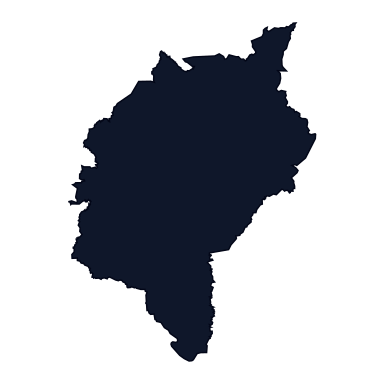 Pedro Carbo, Guayas, Ecuador (Albers equal-area conic projection)
{"feature_id": "8360857B48061354733305", "entity_name": "Pedro Carbo", "entity_type": "district", "adm_level": 2, "iso_a3": "ECU", "parent_name": "Ecuador", "parent_adm1": "Guayas", "projection": "albers", "projection_center": [-80.292, -1.869], "detail": "fine", "context": "isolated", "style": "filled", "palette": "ink", "viewbox_px": 384, "rotation_deg": 0, "n_neighbors": 0, "source": "geoboundaries", "source_scale": "gbopen_adm2", "svg_char_len": 5852}
<svg xmlns="http://www.w3.org/2000/svg" viewBox="0 0 384 384"><path d="M246.4,59.2L246.5,60.4L245.2,60.9L243.6,59.1L240.8,59.2L238.5,56.7L236.3,56.8L229.1,54.9L226.8,58.7L224.8,59.3L223.5,56.5L219.2,53.9L214.8,56.0L193.2,57.0L183.1,59.0L185.4,61.8L187.3,62.3L192.3,66.3L194.4,66.5L194.0,67.7L192.7,68.0L192.9,69.1L191.7,69.1L189.4,70.8L187.4,70.7L186.8,71.7L184.3,71.3L181.0,69.2L180.9,67.9L177.9,66.2L176.4,63.5L175.1,62.8L175.3,62.1L173.7,61.7L173.9,61.1L171.4,59.0L170.4,59.2L169.7,56.4L168.2,57.3L167.9,56.4L166.9,56.8L166.6,55.1L166.1,55.4L165.0,53.4L163.5,53.5L163.8,52.5L162.6,52.5L161.6,51.1L160.6,51.6L159.6,54.9L160.9,57.5L160.2,58.8L160.9,59.2L159.4,61.0L159.3,62.7L157.2,64.9L156.6,67.1L153.0,68.8L153.4,70.4L151.9,71.7L151.9,73.9L152.9,74.1L153.8,75.9L153.6,80.3L154.4,82.3L150.7,81.3L138.7,81.5L131.3,94.1L117.4,103.6L116.0,106.1L114.0,107.2L113.3,111.6L112.1,112.7L112.8,113.3L113.0,115.2L111.5,115.7L111.2,118.4L109.1,118.7L109.6,121.7L108.6,121.3L107.0,118.8L103.8,118.6L103.3,120.1L102.6,120.7L102.2,120.3L101.0,121.7L101.0,121.0L100.3,121.3L99.7,120.5L96.7,122.8L96.4,124.1L95.2,124.2L94.4,125.6L94.5,127.4L92.3,128.8L89.3,129.1L89.4,131.7L88.2,134.6L87.9,138.3L86.2,140.3L85.3,140.1L84.5,140.8L83.6,142.9L84.6,144.4L84.0,146.6L85.1,146.3L85.9,147.4L87.4,147.1L88.1,148.6L89.2,148.3L89.9,150.4L91.1,150.5L91.3,152.1L94.2,153.9L96.1,157.4L95.5,158.4L95.4,160.7L96.5,161.7L95.8,161.9L98.1,163.4L97.4,164.5L95.7,164.7L96.3,166.0L97.1,165.6L97.4,167.2L96.4,168.3L95.1,167.3L91.1,168.3L89.9,166.9L84.2,166.9L81.8,165.8L82.6,170.7L81.3,171.2L81.2,173.1L79.7,174.1L79.6,178.6L81.9,179.8L84.2,179.6L84.6,181.0L81.8,181.5L81.5,182.7L75.6,182.8L74.6,184.1L72.7,184.7L77.5,188.3L75.8,196.6L75.9,198.0L77.0,199.1L77.4,201.9L76.3,202.6L71.6,200.9L68.4,201.7L70.1,202.1L70.8,204.5L71.7,203.4L72.0,203.9L79.2,204.0L83.0,200.9L84.3,200.9L85.0,199.7L85.8,200.1L85.7,201.7L86.7,201.5L86.6,202.4L88.4,199.6L89.3,200.6L90.4,200.5L90.9,201.6L90.1,201.9L90.3,204.7L89.7,205.0L88.9,204.0L88.8,206.5L87.5,207.1L88.2,208.5L87.3,208.3L87.3,209.3L86.3,209.4L86.6,210.1L85.2,210.9L84.7,210.0L83.6,211.2L81.6,211.9L79.7,214.7L79.8,216.2L79.1,217.1L79.7,219.0L78.4,220.7L79.7,221.6L78.3,225.2L80.2,227.9L79.8,231.4L82.1,234.5L80.0,236.9L78.0,237.4L78.1,238.4L77.0,238.1L77.1,239.1L76.2,239.2L77.1,242.4L76.1,242.6L76.5,243.3L74.9,244.9L74.5,246.9L73.3,247.2L73.2,248.1L74.3,249.0L74.1,252.1L71.9,254.5L72.1,258.3L77.3,258.1L77.4,260.5L80.0,261.1L81.0,262.9L82.4,263.4L83.2,262.9L84.7,265.0L88.3,266.4L88.9,267.9L90.3,268.4L89.5,270.0L90.4,271.1L90.4,272.8L90.8,273.2L91.6,272.6L92.9,273.7L92.0,277.1L93.4,277.4L93.7,278.1L94.9,277.5L95.7,278.3L98.9,278.1L101.1,279.3L101.9,278.4L104.2,277.8L107.2,278.8L107.9,277.5L109.6,277.0L115.7,280.0L118.4,280.7L119.8,280.0L121.9,280.4L123.2,282.1L124.8,282.3L125.6,284.2L126.8,284.2L127.1,287.1L127.8,287.7L130.8,287.4L131.3,286.6L134.4,287.8L135.4,287.3L136.4,288.2L140.9,289.4L145.0,289.4L145.3,291.2L147.1,292.1L146.0,295.2L146.4,301.6L145.8,303.1L146.6,304.2L147.0,310.5L148.3,310.4L149.1,313.0L150.6,314.3L154.1,314.1L155.0,319.5L156.3,320.1L156.6,321.4L161.0,322.4L164.4,327.6L168.5,330.2L170.2,333.5L177.3,338.5L177.7,340.8L177.1,342.0L175.6,342.4L172.8,341.9L171.5,342.7L171.0,344.1L171.7,346.3L179.8,355.4L184.3,358.6L189.1,361.0L191.9,360.7L193.3,359.8L197.2,353.5L200.8,352.6L206.6,352.5L207.1,345.7L206.1,344.4L208.7,339.1L209.9,338.4L210.3,338.9L209.9,337.5L210.5,336.9L209.7,336.6L211.0,335.9L211.0,335.0L212.2,333.5L212.1,331.2L210.3,331.3L209.7,328.8L210.2,327.3L210.9,327.2L209.6,326.6L210.1,325.9L209.5,324.6L211.0,325.0L212.2,324.1L212.6,322.4L210.7,320.5L211.1,319.7L212.0,319.6L211.4,317.2L212.5,317.4L212.8,316.6L214.3,316.0L213.6,314.8L214.4,313.0L213.2,312.3L214.3,311.3L213.7,310.9L214.1,310.0L212.1,309.1L213.0,308.4L212.4,307.4L213.5,307.1L210.0,305.5L211.2,304.8L210.2,303.5L210.6,302.2L210.0,298.9L211.6,297.8L209.7,296.9L211.9,296.0L210.8,291.4L211.7,291.3L213.1,287.4L210.8,286.2L210.7,285.2L211.7,282.6L214.6,282.0L212.7,279.9L212.6,276.6L211.0,274.0L211.9,271.8L210.4,270.3L211.7,269.9L212.0,269.1L210.6,268.7L210.7,266.0L207.4,262.7L208.4,261.5L212.8,260.2L212.1,259.1L209.8,259.5L209.6,256.9L211.2,255.5L210.8,254.7L209.3,255.1L209.5,252.9L228.6,249.6L231.0,244.8L236.0,239.1L236.4,238.2L235.8,236.0L239.8,235.3L240.2,234.0L242.9,232.2L245.1,227.1L246.7,226.9L247.5,225.0L251.1,222.0L251.0,219.8L251.6,219.4L250.7,217.2L252.6,214.9L253.1,212.8L255.9,212.6L256.7,209.6L260.3,204.8L262.3,204.1L262.1,199.9L263.2,199.0L264.1,199.6L265.1,198.9L264.5,198.3L265.6,197.8L265.1,196.9L265.7,197.0L266.8,195.8L269.5,196.2L273.4,194.0L276.3,194.7L281.7,189.3L283.0,189.5L284.6,191.1L285.7,190.4L287.8,190.4L289.5,192.9L290.3,192.5L290.2,191.1L293.0,191.1L292.7,189.7L293.7,188.3L294.6,188.4L294.6,186.1L293.6,182.7L293.8,181.2L291.3,177.8L297.0,172.7L298.0,170.5L295.7,167.8L291.9,165.4L295.1,164.6L296.8,165.4L305.5,158.0L315.3,138.7L315.6,134.3L315.1,133.8L311.1,134.7L308.4,133.5L308.4,131.4L309.3,130.6L306.9,126.8L307.6,122.4L306.9,119.5L305.3,118.7L301.6,118.5L299.0,116.5L299.8,115.7L299.7,113.6L296.2,111.5L294.8,112.2L293.8,109.5L291.3,108.7L289.5,106.7L287.8,107.5L286.2,106.2L285.8,105.4L287.3,103.3L287.4,101.7L285.1,97.7L286.2,95.6L285.3,92.5L285.7,91.5L281.3,90.5L278.8,91.7L276.8,90.4L276.3,88.5L279.6,83.2L280.6,78.4L280.2,73.5L277.7,70.7L286.4,70.9L282.9,67.2L282.0,65.4L281.7,59.1L283.1,54.5L283.2,51.3L286.4,48.5L288.3,41.8L290.3,38.5L289.9,35.4L290.7,34.2L290.2,32.9L291.6,30.5L293.3,30.3L293.2,29.2L295.0,26.7L294.8,24.6L295.9,23.0L293.1,23.2L292.3,24.5L291.2,24.7L288.6,27.0L286.4,26.6L285.4,27.9L280.7,27.8L278.4,28.5L274.5,27.9L268.8,31.6L266.6,30.2L267.2,27.4L265.2,28.4L263.5,30.1L263.5,33.7L262.0,36.7L251.5,41.0L252.6,44.2L252.5,46.8L255.6,51.3L255.8,53.1L252.9,55.1L251.9,54.2L249.8,55.0L247.8,58.2L246.4,59.2Z" fill="#0f172a" stroke="#020617" stroke-width="1.5"/></svg>